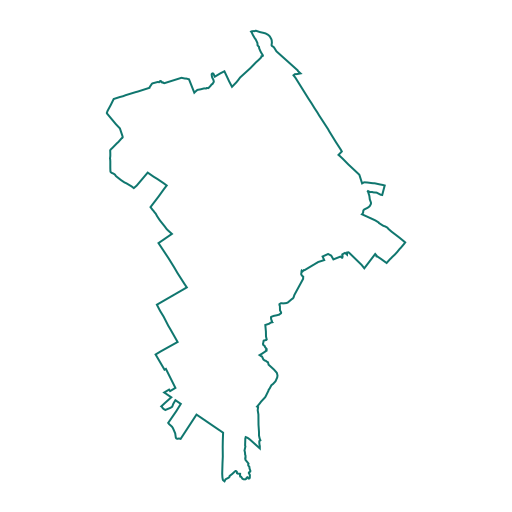 outline of Harmanesti, Iasi, Romania
{"feature_id": "2599482B46405340562029", "entity_name": "Harmanesti", "entity_type": "district", "adm_level": 2, "iso_a3": "ROU", "parent_name": "Romania", "parent_adm1": "Iasi", "projection": "orthographic", "projection_center": [26.797, 47.275], "detail": "fine", "context": "isolated", "style": "outline", "palette": "teal", "viewbox_px": 512, "rotation_deg": 0, "n_neighbors": 0, "source": "geoboundaries", "source_scale": "gbopen_adm2", "svg_char_len": 6013}
<svg xmlns="http://www.w3.org/2000/svg" viewBox="0 0 512 512"><path d="M269.8,36.4L269.0,35.6L267.9,34.7L265.5,33.4L263.2,32.8L260.0,32.1L255.8,30.7L254.5,31.2L253.4,31.1L251.8,31.3L251.1,31.6L251.7,32.4L252.9,35.0L255.0,38.6L255.6,39.2L256.9,41.9L257.4,43.0L257.6,45.4L259.0,46.9L259.2,48.4L260.5,51.4L261.5,53.2L262.8,55.2L262.9,55.5L262.7,56.0L261.4,56.3L261.3,57.1L260.9,57.7L258.6,60.0L255.9,62.4L250.3,68.2L240.1,77.5L238.1,80.2L236.4,82.3L232.0,86.8L229.0,81.1L228.1,79.1L224.4,71.3L220.6,73.2L214.8,76.7L214.4,76.0L213.7,74.2L213.1,73.5L212.4,73.4L211.8,73.9L211.7,74.2L211.7,74.9L212.0,76.9L212.7,78.6L213.2,79.3L213.6,80.6L213.8,81.7L213.6,82.2L212.4,84.1L212.1,84.1L211.6,84.4L210.6,85.8L208.4,88.1L206.7,88.0L206.1,88.5L204.1,88.4L200.7,89.3L197.4,89.9L195.3,91.7L194.3,92.7L189.0,79.3L186.8,78.7L186.0,78.5L185.2,78.6L181.5,77.8L164.3,83.2L163.7,83.0L163.2,82.5L162.9,82.4L162.3,82.6L161.9,82.4L161.5,82.2L161.5,81.7L161.1,81.3L160.7,81.0L160.2,81.1L159.8,81.3L159.1,82.2L157.6,82.0L152.4,83.4L151.9,83.8L150.0,86.6L149.7,87.1L149.5,87.8L137.7,91.6L135.7,92.1L125.6,95.2L123.1,96.2L119.9,97.0L113.7,99.0L110.8,104.9L107.6,110.8L107.0,112.4L106.8,113.0L107.0,113.5L115.9,124.2L119.9,128.4L122.5,136.2L122.7,137.1L122.5,137.6L122.2,138.0L121.8,138.1L118.2,142.2L117.0,143.2L112.7,147.6L112.2,148.1L111.0,149.2L110.3,150.1L110.2,150.3L110.3,153.6L110.3,156.0L110.0,158.7L110.2,159.4L110.3,161.6L110.3,167.2L110.3,168.1L110.4,170.7L110.4,171.2L110.7,172.1L111.7,172.9L113.0,173.4L114.4,174.2L115.0,174.7L115.8,175.9L116.3,176.4L121.0,180.1L124.4,182.4L126.4,183.3L131.6,186.4L133.8,188.1L136.7,185.6L147.7,172.6L153.6,176.7L157.4,179.0L163.6,183.2L166.7,185.5L164.0,189.0L158.6,196.5L150.5,207.1L152.6,209.9L153.3,210.6L154.7,212.5L155.7,213.6L157.1,216.2L159.4,219.7L160.6,221.3L164.3,225.9L165.0,226.8L166.6,229.0L168.0,230.4L171.9,233.9L158.5,243.1L168.5,258.2L174.2,267.4L177.4,272.9L184.5,284.0L186.8,287.4L156.9,304.7L159.3,309.4L160.4,311.4L163.6,316.6L168.2,325.6L170.5,329.5L177.6,342.0L160.7,351.4L155.6,354.5L164.5,369.7L165.9,368.9L175.4,387.9L170.1,391.1L169.1,389.6L164.2,392.5L171.3,397.3L164.8,403.1L161.3,406.4L161.9,406.8L162.4,407.7L163.5,408.9L164.3,409.4L164.7,409.5L165.3,410.0L170.5,407.8L172.2,406.7L173.3,403.8L175.4,400.2L180.8,403.9L176.2,411.3L168.2,422.9L169.2,424.2L170.7,425.5L172.0,426.7L172.9,428.1L173.8,430.1L175.2,433.4L175.8,437.5L176.2,438.3L176.9,438.7L177.3,438.8L179.0,438.5L180.6,438.9L196.5,414.6L223.1,432.7L222.8,440.6L222.7,446.9L222.8,456.6L222.5,463.2L222.2,473.5L222.4,477.3L222.8,479.6L223.1,480.2L224.5,481.3L225.5,479.4L226.1,479.0L228.8,477.6L229.5,476.8L229.5,476.4L229.6,476.0L229.8,475.8L232.3,473.9L234.3,472.0L235.5,471.0L235.9,471.0L236.7,471.6L236.9,471.9L237.0,473.2L237.6,473.6L240.1,473.8L240.0,475.8L240.3,476.6L241.1,476.7L242.5,478.8L243.0,479.0L243.7,479.3L245.4,479.3L246.2,478.8L246.5,478.0L246.8,477.6L247.4,477.2L247.6,477.3L248.5,478.5L249.1,478.5L249.5,478.3L249.8,477.7L249.8,476.6L249.9,475.9L249.8,474.8L248.8,473.0L248.9,472.5L249.5,472.0L250.2,471.7L250.4,471.0L249.5,468.3L249.4,466.9L248.3,465.5L248.2,464.4L248.5,463.6L245.5,459.9L245.2,458.6L245.6,457.9L245.3,457.3L245.6,456.1L245.0,454.0L245.1,453.4L244.8,451.6L244.5,450.6L245.4,446.4L245.1,445.5L245.3,438.6L245.7,437.1L246.8,437.5L248.3,438.3L250.1,439.7L259.8,448.4L259.8,446.0L259.5,444.8L259.3,442.8L259.3,441.1L260.4,440.3L259.7,438.7L259.0,435.6L259.0,432.1L258.5,424.7L258.4,414.5L257.7,410.2L258.1,407.1L257.1,406.6L259.7,403.5L261.1,401.6L265.2,397.2L265.9,395.9L268.5,390.6L268.7,389.7L269.6,388.6L271.4,385.2L273.1,383.9L275.5,381.3L277.2,377.5L277.5,375.6L277.2,374.2L276.8,372.8L274.0,369.6L271.5,367.3L268.6,364.7L268.0,362.3L266.7,361.6L265.8,360.8L264.7,360.5L263.4,359.5L262.0,356.5L261.2,356.2L259.6,355.1L262.0,353.7L266.5,350.7L266.0,350.0L266.7,349.1L265.0,347.0L264.8,346.2L264.4,345.7L263.5,345.2L263.1,344.5L263.0,343.7L263.2,343.1L263.6,340.8L263.9,340.5L264.7,340.4L265.5,340.1L266.2,340.0L266.7,339.5L266.0,336.5L265.9,331.5L265.3,325.0L269.2,323.7L270.7,322.6L271.2,322.5L272.1,322.3L272.0,322.2L272.0,321.3L271.5,320.2L271.1,319.0L271.0,317.5L271.0,317.1L271.6,316.7L273.7,315.9L276.7,315.3L279.3,314.6L279.5,314.3L281.0,313.3L281.1,312.9L281.1,312.4L280.8,311.8L280.0,310.3L279.9,306.4L279.7,305.5L279.4,304.9L279.5,304.1L281.0,303.2L283.2,303.4L286.2,303.1L287.7,302.6L290.2,300.5L291.7,299.2L292.8,298.5L293.5,297.6L294.4,294.9L303.1,278.9L303.2,276.6L302.4,276.1L301.3,274.6L301.2,274.0L301.5,272.0L301.5,271.2L301.7,270.6L302.6,271.4L303.8,270.1L304.5,270.2L318.2,262.0L324.2,260.1L322.6,256.5L328.1,254.0L331.2,255.6L333.4,259.4L340.4,256.6L342.1,257.8L342.3,257.7L342.5,257.0L342.6,256.3L342.6,256.0L342.2,255.2L342.3,254.4L344.4,253.2L345.0,252.9L345.2,253.0L347.0,254.6L347.1,252.5L348.5,252.3L349.7,253.3L361.6,264.9L364.3,268.3L375.2,254.0L376.4,255.4L376.3,256.0L376.5,256.4L377.1,256.3L381.1,259.0L386.6,263.0L389.9,259.3L391.1,258.2L392.2,257.0L394.8,254.6L397.2,252.0L399.7,248.9L400.8,247.8L402.9,245.3L404.1,243.9L405.2,242.4L399.5,237.7L391.5,231.6L388.3,228.8L387.7,228.0L387.0,227.4L384.9,226.3L384.1,226.1L383.1,225.7L378.9,223.0L378.7,222.5L375.3,220.4L362.0,214.3L362.3,214.0L363.1,212.7L363.2,211.5L363.4,210.4L364.2,209.5L367.6,207.8L369.0,206.8L369.8,206.0L370.2,205.3L370.9,203.9L371.0,203.1L370.9,202.4L369.8,199.4L369.4,196.2L369.2,195.3L368.0,191.6L367.3,190.7L370.1,192.1L372.1,192.0L373.4,192.4L376.6,192.6L380.6,194.7L382.2,195.0L384.7,185.5L382.5,184.9L380.2,184.5L374.8,183.3L372.5,183.2L367.3,182.5L364.4,182.3L363.7,182.5L362.1,183.4L359.4,174.9L359.1,174.5L348.4,164.5L342.6,158.6L339.7,155.9L338.5,154.9L341.8,151.5L341.6,151.1L340.9,149.8L335.7,141.8L330.4,133.2L329.0,130.9L328.1,129.2L319.1,115.4L317.4,112.5L314.6,108.3L311.6,103.4L308.5,98.7L295.4,77.7L293.5,75.3L294.9,74.2L296.8,74.1L300.5,73.4L298.0,71.1L297.7,70.4L276.4,51.3L275.0,49.0L273.9,47.3L273.3,46.8L271.9,45.9L271.6,45.4L271.6,44.6L271.9,42.8L271.7,40.3L271.3,39.1L269.8,36.4Z" fill="none" stroke="#0f766e" stroke-width="2"/></svg>